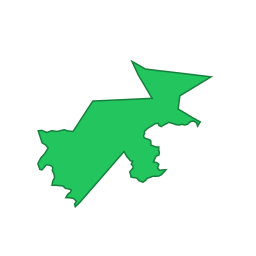 outline of Catende, Pernambuco, Brazil, rotated 242°
{"feature_id": "56859067B24117233366877", "entity_name": "Catende", "entity_type": "district", "adm_level": 2, "iso_a3": "BRA", "parent_name": "Brazil", "parent_adm1": "Pernambuco", "projection": "equal_earth", "projection_center": [-35.752, -8.69], "detail": "fine", "context": "isolated", "style": "filled", "palette": "green", "viewbox_px": 256, "rotation_deg": 242, "n_neighbors": 0, "source": "geoboundaries", "source_scale": "gbopen_adm2", "svg_char_len": 1682}
<svg xmlns="http://www.w3.org/2000/svg" viewBox="0 0 256 256"><g transform="rotate(242 128 128)"><path d="M76.1,113.1L73.1,115.8L73.5,119.0L74.5,121.2L74.2,123.8L73.7,127.4L72.2,130.1L71.1,132.7L71.1,135.8L73.3,141.9L74.9,138.5L75.7,136.1L78.7,135.2L81.5,138.2L84.1,137.0L86.2,134.5L88.6,137.7L90.0,139.7L89.6,142.5L91.5,144.1L94.7,145.0L96.8,146.3L98.2,143.6L99.9,142.2L102.2,140.2L104.4,141.4L106.4,142.1L108.2,140.9L111.4,137.8L113.8,138.0L115.2,139.9L117.3,140.9L118.4,145.0L118.7,148.2L119.1,154.3L117.7,157.0L115.7,156.5L113.6,158.0L113.9,160.5L113.8,163.2L113.8,166.7L111.9,168.7L110.1,170.5L108.4,172.0L106.7,174.5L105.8,177.4L103.9,179.7L103.4,182.3L104.3,186.3L103.1,189.5L100.1,191.0L97.0,190.3L98.3,192.5L99.5,194.7L101.9,193.0L107.7,189.3L121.2,181.2L132.1,188.9L134.2,225.3L161.2,186.5L164.5,181.6L170.2,173.5L171.8,171.1L184.9,162.8L170.1,162.0L142.9,163.2L149.0,150.3L158.1,131.1L168.3,109.6L165.3,104.1L154.8,85.2L150.7,77.8L154.0,73.1L156.4,71.0L158.2,63.9L161.5,59.2L162.1,54.4L164.2,52.6L166.5,50.6L167.7,47.4L155.2,45.2L151.9,47.2L147.9,48.1L146.0,45.0L144.4,42.3L143.4,39.5L142.6,37.1L140.2,33.6L138.7,31.6L135.4,31.2L132.9,30.7L131.4,32.2L132.7,35.9L133.9,38.6L132.2,41.1L130.1,42.7L127.8,43.0L126.4,41.3L121.0,40.8L118.3,39.6L117.0,37.3L115.3,35.7L113.1,34.0L111.1,37.7L107.4,43.3L104.1,44.4L102.0,47.1L100.0,48.8L98.4,47.3L97.9,44.0L95.7,40.4L93.7,43.8L91.4,46.8L87.3,48.1L86.0,45.2L83.2,44.5L85.0,50.7L96.4,80.4L101.0,92.4L109.1,113.4L107.1,113.5L103.2,113.5L101.0,114.2L98.1,114.6L96.4,116.5L94.5,113.9L92.3,114.5L90.5,114.0L88.4,108.8L85.2,108.4L83.4,107.6L81.9,109.2L79.7,112.3L76.1,113.1Z" fill="#22c55e" stroke="#15803d" stroke-width="1.5"/></g></svg>